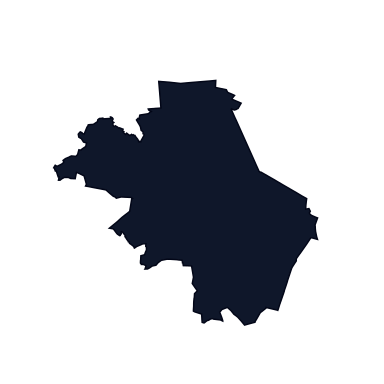 Pāles pag., Limbaži, Latvia (Albers equal-area conic projection), rotated 29°
{"feature_id": "27541924B47846547362039", "entity_name": "Pāles pag.", "entity_type": "district", "adm_level": 2, "iso_a3": "LVA", "parent_name": "Latvia", "parent_adm1": "Limbaži", "projection": "albers", "projection_center": [24.703, 57.696], "detail": "fine", "context": "isolated", "style": "filled", "palette": "ink", "viewbox_px": 384, "rotation_deg": 29, "n_neighbors": 0, "source": "geoboundaries", "source_scale": "gbopen_adm2", "svg_char_len": 5683}
<svg xmlns="http://www.w3.org/2000/svg" viewBox="0 0 384 384"><g transform="rotate(29 192 192)"><path d="M96.0,238.4L111.1,233.4L115.7,231.9L120.7,233.0L125.3,233.9L127.0,233.6L128.4,234.0L128.8,234.1L132.4,230.7L141.3,226.3L142.9,226.5L143.0,226.5L142.6,227.2L146.9,239.1L145.8,241.9L144.8,244.1L143.1,248.1L141.9,251.6L141.2,253.8L138.2,261.4L137.3,263.7L139.6,262.9L141.2,262.4L146.5,264.8L146.8,264.8L147.0,264.9L147.2,265.0L147.4,265.0L147.6,265.1L148.0,265.0L148.3,265.0L149.1,265.2L149.7,265.2L150.0,265.2L150.3,264.8L150.3,264.7L150.1,263.9L150.3,263.4L150.4,263.1L150.3,262.9L150.3,262.7L150.2,262.5L150.2,262.4L150.0,262.2L149.5,261.8L149.2,261.5L149.2,261.4L149.2,261.2L149.3,261.1L149.5,260.8L149.7,260.7L149.8,260.7L150.2,260.6L150.3,260.6L155.2,262.7L155.1,263.6L155.3,263.6L155.6,263.5L155.9,263.8L156.5,264.1L156.6,264.3L158.5,265.3L159.0,265.5L160.1,266.0L160.5,266.4L160.8,266.2L161.3,265.9L161.6,266.4L162.0,267.0L162.4,267.2L163.8,267.3L164.9,267.5L165.8,267.6L167.5,268.0L168.8,269.0L168.9,268.9L170.1,266.4L172.5,263.4L173.1,262.6L173.4,262.1L174.2,261.1L174.6,260.9L176.8,259.6L177.9,262.0L178.2,262.1L178.9,262.4L179.1,262.6L179.4,263.2L180.1,264.5L180.3,264.9L180.4,266.6L180.6,268.0L180.9,269.5L180.9,269.9L179.2,271.6L178.2,272.5L179.1,274.4L180.1,276.4L180.3,277.1L181.3,279.0L181.6,279.3L182.5,279.3L182.8,279.9L184.3,279.1L185.3,278.8L187.4,278.8L187.5,279.0L187.7,279.3L187.9,280.5L188.2,281.7L188.2,282.2L190.5,280.8L190.6,280.6L191.5,279.2L191.8,278.7L193.1,276.0L195.3,274.1L195.9,273.6L196.0,273.4L196.6,270.3L198.3,266.6L202.7,262.9L203.7,262.4L205.1,261.6L209.3,259.6L211.6,258.5L212.4,258.2L213.0,258.0L216.4,256.5L217.5,257.8L217.7,258.1L217.8,258.2L217.9,258.4L218.2,258.2L220.1,260.6L225.1,258.0L227.5,256.9L228.7,258.4L234.6,265.8L236.6,271.9L241.2,274.2L244.6,275.8L243.5,279.7L245.4,283.6L245.3,283.8L246.7,287.0L247.5,288.6L248.7,290.8L249.1,291.6L250.4,294.4L251.0,295.5L252.4,295.5L259.6,294.1L261.6,297.2L262.7,299.0L264.1,301.1L265.8,300.7L266.0,300.7L266.4,300.0L266.5,299.7L267.3,297.7L267.4,297.4L268.4,296.4L268.6,296.2L268.8,295.9L269.6,294.4L269.8,294.1L270.3,293.7L271.1,292.9L272.6,292.7L278.4,290.3L278.8,290.1L281.5,290.0L281.4,289.8L280.5,288.9L278.7,287.2L274.4,283.6L274.8,282.4L274.8,282.0L275.1,280.4L275.5,279.8L275.7,279.6L277.9,276.9L278.4,276.4L278.7,275.9L278.9,275.8L279.1,275.8L280.8,276.2L283.6,276.8L285.2,277.5L285.3,277.5L287.9,278.6L290.5,278.9L292.8,279.3L296.2,280.5L297.4,280.9L302.5,282.9L303.6,281.8L308.4,277.1L310.2,275.4L310.1,275.2L310.0,274.2L310.1,272.0L310.2,264.4L311.1,262.4L313.1,257.5L312.8,257.3L312.7,257.1L313.4,256.9L324.1,253.9L324.4,253.9L324.2,252.6L323.1,247.4L323.0,246.5L322.7,245.2L322.7,244.9L321.1,235.8L320.7,233.8L320.6,233.6L320.5,233.4L320.0,230.5L319.6,228.3L318.8,224.2L318.7,224.2L318.2,221.5L316.7,213.5L316.1,210.1L316.1,209.8L316.1,208.8L316.4,204.2L316.6,202.0L316.6,201.8L316.5,201.6L316.4,201.3L315.7,200.1L315.6,199.9L315.6,199.4L315.9,196.4L316.2,193.8L316.2,193.6L316.3,193.4L317.5,182.2L317.9,177.1L317.9,176.7L318.2,174.4L319.3,173.9L324.7,172.6L322.8,170.8L319.2,166.6L317.5,164.1L316.6,162.6L315.6,161.2L314.4,153.8L312.3,154.1L308.0,154.5L305.7,154.2L304.8,153.3L304.8,151.5L302.3,149.8L299.8,151.9L298.2,148.8L296.5,144.8L295.5,142.2L289.5,142.2L284.5,142.0L268.8,141.7L261.1,141.5L258.2,141.4L242.5,141.2L242.0,141.7L242.0,141.8L241.1,141.5L240.7,141.5L240.2,141.1L235.9,137.9L235.7,137.8L235.6,137.7L230.2,133.6L195.8,107.8L193.4,106.1L186.3,100.7L186.2,100.1L189.2,99.8L190.5,98.6L191.1,97.5L191.8,96.6L191.9,90.5L181.6,91.5L182.2,88.0L182.4,86.9L180.6,87.0L178.4,87.2L176.8,87.4L175.6,87.5L174.9,87.5L174.5,87.3L173.8,86.9L172.8,86.1L172.4,85.9L167.9,87.3L167.4,87.5L161.8,89.2L158.7,82.9L153.9,86.2L137.8,96.9L129.4,102.6L118.7,107.1L112.8,109.8L109.3,111.4L114.0,118.4L120.0,127.4L124.1,133.6L122.7,134.6L119.1,136.9L118.3,137.5L117.3,138.1L113.5,140.6L114.3,141.3L115.8,141.4L116.6,141.2L117.4,141.3L117.0,141.9L116.8,142.1L116.2,143.7L116.0,144.5L115.6,144.9L109.2,149.9L109.1,150.0L109.3,150.9L109.5,151.4L109.8,152.2L110.1,152.8L110.6,153.6L109.1,153.7L108.5,155.9L111.9,157.9L113.2,158.6L115.3,160.0L117.6,162.7L118.0,162.8L119.2,162.9L119.5,163.0L119.9,163.2L120.1,163.3L120.4,163.7L120.7,164.4L121.0,164.8L121.8,164.7L122.3,164.9L122.4,165.2L122.6,165.5L122.6,166.7L122.6,170.0L122.6,172.4L122.9,172.8L121.7,173.8L121.2,173.9L121.2,173.3L120.6,173.1L120.4,173.3L119.9,173.0L119.3,172.4L118.0,171.8L116.6,171.3L114.6,170.2L114.3,170.5L112.8,170.4L112.6,171.2L111.2,170.9L110.6,172.4L110.2,172.3L109.9,172.8L106.3,172.2L105.9,173.9L103.1,173.3L103.2,172.3L101.6,172.3L101.3,170.5L97.5,171.0L96.9,171.7L95.5,171.3L92.8,171.3L92.2,172.5L91.0,172.2L89.4,170.6L89.9,169.1L88.8,169.1L87.7,168.4L87.6,166.4L86.3,165.7L84.6,165.7L84.3,165.9L85.3,167.0L78.7,171.2L78.2,170.6L76.1,172.2L75.8,172.2L75.1,173.1L75.1,173.5L74.8,174.0L74.6,174.4L75.2,176.3L73.1,180.4L72.2,181.2L70.7,182.1L69.7,182.8L68.7,183.6L69.0,185.3L68.7,186.0L69.6,193.8L67.7,193.9L67.0,193.4L65.1,193.6L64.8,194.8L64.5,196.4L64.5,196.6L66.4,198.9L68.1,199.0L69.4,199.0L72.9,200.9L75.0,200.5L76.0,200.2L76.4,201.7L77.0,203.7L76.0,205.7L75.2,207.3L74.5,208.9L74.5,209.0L74.5,209.3L73.6,209.6L72.6,209.9L73.8,214.7L73.2,217.1L69.1,218.9L68.2,220.0L67.5,221.2L66.9,221.9L65.1,224.2L63.9,226.9L65.4,227.9L65.0,229.7L64.2,231.2L61.6,234.9L61.5,235.0L59.4,234.9L59.3,236.5L59.3,237.2L59.3,237.9L60.1,237.9L62.3,239.9L63.0,239.3L66.4,242.5L67.7,243.7L68.5,243.2L69.5,246.4L70.9,245.6L71.6,243.8L73.1,241.4L73.2,241.2L76.6,239.3L76.8,239.2L79.4,239.0L83.4,237.0L82.4,234.0L81.4,230.8L84.0,230.5L89.8,230.2L95.9,236.4L96.0,238.4Z" fill="#0f172a" stroke="#020617" stroke-width="1.5"/></g></svg>